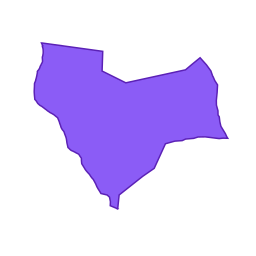 Chase Gardens, Castries, Saint Lucia, rotated 190°
{"feature_id": "8701671B45925024878482", "entity_name": "Chase Gardens", "entity_type": "district", "adm_level": 2, "iso_a3": "LCA", "parent_name": "Saint Lucia", "parent_adm1": "Castries", "projection": "orthographic", "projection_center": [-60.972, 14.016], "detail": "fine", "context": "isolated", "style": "filled", "palette": "violet", "viewbox_px": 256, "rotation_deg": 190, "n_neighbors": 0, "source": "geoboundaries", "source_scale": "gbopen_adm2", "svg_char_len": 2289}
<svg xmlns="http://www.w3.org/2000/svg" viewBox="0 0 256 256"><g transform="rotate(190 128 128)"><path d="M166.2,199.1L227.2,196.8L227.5,196.8L228.0,196.7L227.7,196.3L226.2,194.1L226.6,193.8L226.3,193.0L225.7,191.9L225.4,191.1L225.0,189.6L224.8,188.6L224.6,187.5L224.5,186.5L224.5,184.9L224.5,184.1L224.7,183.0L224.5,182.0L224.1,180.4L223.9,179.6L223.7,178.5L223.9,177.5L224.4,176.1L224.6,175.1L225.0,174.1L225.2,173.2L225.3,172.7L225.4,171.7L226.1,169.8L226.8,168.7L227.1,168.0L227.0,167.3L226.8,166.5L226.9,165.8L226.9,164.6L226.9,163.2L227.0,162.2L227.0,161.2L227.2,159.8L227.2,158.8L227.4,157.5L227.7,156.4L227.8,155.4L227.4,152.9L227.0,149.7L226.8,148.1L226.5,146.6L225.8,143.8L224.7,139.9L224.2,139.6L223.3,138.9L222.0,137.5L221.2,136.6L220.3,136.0L219.3,135.4L218.7,135.0L217.8,134.7L216.6,134.3L215.5,133.7L214.3,133.1L212.8,132.3L211.7,131.8L210.7,131.2L210.0,130.8L209.3,130.6L208.4,130.1L207.3,129.6L205.6,129.1L204.6,128.7L203.7,128.4L202.5,127.8L201.7,127.3L200.6,126.7L199.1,125.9L197.9,124.0L196.7,122.1L196.1,120.8L194.8,118.6L194.2,117.3L193.7,116.5L192.8,115.4L192.1,114.7L191.2,114.0L190.4,113.2L190.0,112.5L189.4,111.3L188.6,110.0L187.6,108.3L187.0,107.1L186.5,105.7L185.5,102.6L184.1,99.3L183.7,98.3L183.1,98.0L181.7,97.0L180.4,96.2L179.5,95.9L178.5,95.7L177.8,95.5L176.1,95.0L174.8,94.5L172.7,93.9L171.9,93.6L171.2,92.8L170.5,92.0L169.7,91.2L168.7,90.2L168.5,89.4L168.3,88.2L167.8,86.3L167.4,84.9L166.8,84.1L166.0,83.3L165.1,82.2L164.3,81.4L163.6,80.5L162.7,79.5L161.6,78.5L160.0,77.2L159.1,76.5L158.0,75.7L157.3,75.0L156.6,74.2L155.8,73.4L154.8,72.5L154.2,72.0L153.2,71.3L152.3,70.1L151.7,69.4L150.7,68.1L150.2,67.5L149.5,66.4L148.4,64.7L147.7,63.9L147.0,63.0L146.0,61.9L144.8,60.6L143.3,58.8L136.9,58.4L134.2,56.7L132.5,52.3L132.0,48.4L124.4,46.7L125.0,46.3L124.1,46.5L125.1,60.5L105.1,83.0L104.4,83.7L95.2,92.8L88.4,119.0L79.6,123.2L72.4,125.0L69.4,127.1L61.5,129.2L57.5,131.3L52.9,132.2L50.3,132.7L36.4,133.4L32.7,134.5L28.0,135.2L29.4,136.8L31.1,139.3L36.8,145.8L38.6,150.0L40.1,154.9L41.6,156.5L42.4,160.6L44.9,165.9L45.8,170.5L46.4,178.5L47.3,186.0L50.8,189.8L53.1,193.3L53.5,193.6L56.3,198.6L61.7,203.8L69.2,209.7L76.1,201.7L81.2,195.6L81.4,195.3L138.0,172.1L145.1,174.2L163.4,179.6L166.2,199.1Z" fill="#8b5cf6" stroke="#5b21b6" stroke-width="1.5"/></g></svg>